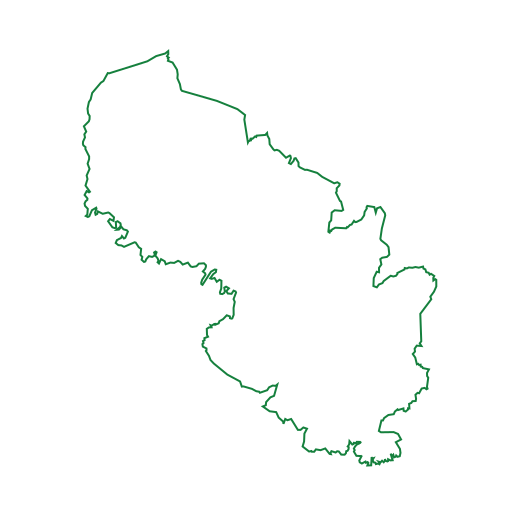 outline of Tzicatlacoyan, Puebla, Mexico, rotated 191°
{"feature_id": "50627088B32721400005262", "entity_name": "Tzicatlacoyan", "entity_type": "district", "adm_level": 2, "iso_a3": "MEX", "parent_name": "Mexico", "parent_adm1": "Puebla", "projection": "natural_earth1", "projection_center": [-98.086, 18.816], "detail": "fine", "context": "isolated", "style": "outline", "palette": "green", "viewbox_px": 512, "rotation_deg": 191, "n_neighbors": 0, "source": "geoboundaries", "source_scale": "gbopen_adm2", "svg_char_len": 5977}
<svg xmlns="http://www.w3.org/2000/svg" viewBox="0 0 512 512"><g transform="rotate(191 256 256)"><path d="M164.1,74.5L161.5,75.0L160.3,77.6L155.6,77.7L151.3,80.3L146.0,75.8L144.7,75.8L145.3,76.7L144.7,78.8L140.3,78.3L139.1,79.8L137.4,79.9L134.4,77.3L131.1,77.9L130.1,79.6L130.2,81.6L129.0,82.2L128.3,84.0L128.5,86.0L129.6,86.5L128.6,88.8L128.9,92.1L125.5,89.3L124.3,90.1L124.3,91.3L121.8,91.5L121.6,92.8L118.7,93.3L118.4,92.5L117.4,93.9L118.2,92.5L117.6,92.8L121.3,89.9L122.5,87.7L123.2,85.6L122.1,84.3L122.6,82.7L119.3,79.0L114.4,79.7L114.0,80.4L115.6,75.0L114.8,73.3L112.5,72.5L109.3,75.1L108.6,74.0L107.1,75.0L106.2,74.3L106.7,71.6L103.0,72.5L104.1,80.7L103.2,79.3L102.0,80.0L102.6,78.1L101.2,75.9L99.3,75.9L98.6,74.6L96.5,75.6L95.1,75.1L94.8,76.4L96.2,77.5L94.3,77.3L93.2,79.1L91.3,77.9L90.4,79.6L90.7,81.2L89.4,79.6L87.8,79.4L87.2,79.9L87.5,81.7L85.1,81.0L82.9,81.6L86.1,87.6L84.1,85.7L83.3,87.1L82.1,84.7L80.5,85.7L80.3,86.9L78.7,85.9L76.7,86.9L76.6,90.3L77.9,94.1L83.2,99.9L78.6,103.6L82.6,108.4L87.3,109.4L99.7,106.8L102.0,107.7L101.5,118.5L100.0,118.8L99.3,121.4L95.7,125.2L90.6,127.0L90.0,129.8L87.8,132.5L87.1,131.9L82.2,134.5L81.5,132.2L79.4,131.9L77.5,134.3L77.7,135.5L76.3,135.6L77.5,140.1L75.5,141.4L74.7,143.3L71.6,144.1L71.6,146.3L73.0,150.2L71.3,152.5L69.7,152.4L68.1,157.5L65.3,158.7L63.2,157.7L62.3,158.5L63.2,160.1L63.7,169.4L65.1,170.8L65.8,173.8L64.6,177.7L70.8,177.8L71.7,178.9L73.2,178.9L73.7,180.7L75.1,180.1L76.2,181.1L77.4,180.4L80.3,186.7L83.4,189.7L81.7,192.5L82.6,195.3L81.1,198.7L76.4,199.2L78.6,201.5L77.5,203.8L83.7,230.6L75.7,247.0L77.1,249.3L74.5,254.9L73.2,260.5L74.5,267.0L75.7,267.5L77.2,265.8L77.8,268.3L77.2,270.4L80.8,271.9L82.0,270.8L83.3,272.5L85.8,272.6L87.2,275.2L89.2,275.6L90.0,277.5L94.0,275.6L97.4,275.6L100.2,274.3L103.8,273.9L105.5,272.6L107.7,272.6L107.7,271.1L114.0,266.3L113.8,265.2L114.8,263.3L117.3,262.1L120.0,262.3L125.9,255.8L126.7,253.5L129.9,251.5L131.4,248.3L135.0,248.9L136.2,256.8L134.5,263.6L132.1,263.5L133.0,267.9L131.3,271.6L133.4,276.6L131.8,278.4L127.3,280.1L125.4,282.8L127.6,290.0L129.8,292.0L136.2,295.3L137.2,296.6L137.7,307.1L136.9,320.6L137.7,322.6L143.2,327.8L146.3,325.9L146.7,321.4L149.2,326.6L156.3,326.4L156.8,325.0L156.3,323.8L157.8,320.0L157.6,316.5L159.6,311.9L163.8,308.6L165.1,308.2L166.5,309.2L168.2,305.1L169.6,304.5L171.5,301.6L172.2,301.8L172.8,300.4L183.6,298.9L186.4,296.5L186.9,295.0L187.8,295.2L188.2,293.0L188.8,293.2L189.6,293.6L190.4,302.9L189.0,305.3L190.0,313.1L187.5,315.9L180.6,316.6L179.2,317.9L182.9,325.7L184.1,326.1L189.6,333.4L189.1,335.0L189.7,337.9L187.6,341.2L187.7,342.9L190.2,343.9L193.1,342.3L206.1,346.3L211.7,349.2L222.4,350.4L224.4,349.9L229.9,351.4L231.4,352.4L232.1,355.8L235.7,359.6L236.9,359.1L237.2,356.7L239.3,352.9L241.4,353.5L240.4,358.7L241.2,360.7L241.9,361.1L245.3,358.2L253.3,363.7L255.8,364.2L258.0,363.2L259.4,364.1L263.9,368.3L265.3,373.4L267.8,376.5L268.6,378.9L270.0,376.6L278.3,374.3L278.5,372.9L279.7,373.2L281.8,370.4L283.0,370.4L283.0,369.1L283.8,369.5L284.1,367.8L285.2,367.4L285.6,365.9L293.5,387.7L293.6,392.3L302.2,396.6L324.0,400.8L360.2,404.0L361.5,405.2L363.5,410.2L367.1,415.5L367.5,419.3L369.1,423.8L374.8,430.0L379.7,430.8L379.5,432.3L380.3,433.3L379.6,434.1L381.5,435.1L380.6,437.4L381.3,440.4L383.7,437.5L392.1,433.2L399.8,426.4L435.0,407.3L436.4,407.3L439.2,398.6L441.3,396.6L447.9,384.8L448.2,378.1L449.4,375.3L449.5,368.5L448.0,363.8L446.0,361.7L445.5,358.5L445.8,356.3L449.7,350.5L446.4,345.7L447.7,342.7L446.5,339.8L447.6,335.2L447.3,333.0L446.6,331.7L444.1,330.3L443.9,328.5L438.8,321.9L438.3,319.2L438.9,314.5L436.0,309.7L437.6,302.7L436.1,299.4L436.8,292.6L431.3,287.4L432.1,286.6L434.6,287.4L435.9,283.2L432.4,280.3L432.3,278.9L433.7,277.2L434.3,274.8L433.4,272.6L430.1,270.2L429.5,264.4L430.7,262.8L428.5,262.2L427.2,263.2L425.8,269.6L422.1,272.9L421.6,272.0L422.3,267.9L421.3,265.9L419.9,267.0L419.7,269.6L414.5,268.2L409.4,270.5L408.1,270.2L402.8,266.9L402.6,263.3L406.5,264.4L407.8,261.9L402.5,256.8L399.8,256.4L398.7,257.2L400.1,262.6L398.5,263.7L395.3,262.2L394.7,260.7L395.0,258.5L397.7,255.2L395.6,255.8L393.7,259.0L391.2,256.9L387.7,256.6L386.4,255.5L387.8,248.9L389.0,248.0L391.4,250.0L391.9,248.0L395.6,245.0L396.2,242.0L393.2,240.4L390.1,240.7L387.3,239.8L377.8,246.3L376.6,246.2L372.7,242.2L370.1,241.1L369.6,235.0L367.4,233.4L367.6,230.5L364.8,228.8L363.6,229.5L363.2,231.7L361.1,235.4L357.8,235.3L356.1,236.6L355.6,238.2L356.7,240.0L355.5,241.2L354.3,240.7L354.9,237.2L352.0,234.8L350.8,232.5L351.4,231.1L349.8,230.1L348.6,234.8L344.6,233.4L343.0,230.7L338.8,233.2L335.0,233.6L331.6,236.4L329.2,235.8L326.3,233.6L321.6,236.5L318.1,233.3L316.3,233.1L312.5,234.6L310.6,237.6L305.7,238.9L303.4,237.4L303.1,235.9L303.5,233.6L305.2,230.7L302.6,229.3L302.0,228.0L304.3,222.5L304.7,219.3L304.2,217.9L303.0,217.5L297.2,232.0L293.9,234.9L292.4,234.9L292.3,232.5L294.5,230.1L296.7,225.3L295.1,225.1L292.5,226.5L289.6,223.2L287.3,225.7L285.2,225.1L283.9,217.4L284.5,213.5L283.9,212.1L281.8,212.2L280.2,213.6L279.8,215.2L281.1,218.9L279.5,220.2L276.4,219.1L278.4,215.9L276.5,213.8L272.8,214.2L271.4,217.7L269.3,217.3L268.6,216.3L269.8,209.4L268.1,206.9L268.1,200.7L266.7,194.0L267.4,190.2L268.2,189.8L269.7,190.0L270.1,191.7L273.4,192.2L276.3,187.7L279.5,185.0L279.8,182.8L282.8,180.8L283.0,181.6L284.0,181.3L286.1,179.2L287.4,179.4L286.1,177.5L288.6,176.9L290.4,175.1L289.0,169.1L287.7,167.6L291.0,165.5L290.4,163.6L291.8,162.4L290.9,160.5L291.8,159.3L290.9,156.9L287.0,155.8L286.6,154.2L287.1,153.2L283.1,149.0L280.8,145.2L276.9,142.4L261.5,134.1L247.7,129.8L245.0,125.1L243.4,125.6L234.6,124.8L229.9,123.3L227.0,123.4L226.1,122.5L219.4,126.4L218.1,129.6L214.9,132.0L212.0,132.3L210.6,133.9L211.6,122.2L214.9,120.0L218.2,114.5L217.9,111.4L220.6,109.6L213.0,106.2L206.4,106.6L202.9,101.7L197.8,98.7L197.0,96.5L196.2,101.6L193.8,100.8L190.4,102.7L181.7,93.3L179.1,93.8L176.8,96.7L173.0,96.2L174.6,90.9L173.4,83.1L173.9,77.9L166.6,74.2L164.5,75.1L164.1,74.5Z" fill="none" stroke="#15803d" stroke-width="2"/></g></svg>